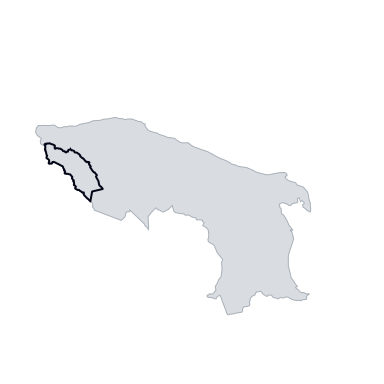 where Puno sits in Peru, rotated 134°
{"feature_id": "PER-573", "entity_name": "Puno", "entity_type": "Department", "adm_level": 1, "iso_a3": "PER", "parent_name": "Peru", "parent_adm1": "", "projection": "equal_earth", "projection_center": [-69.98, -15.156], "detail": "fine", "context": "in_parent", "style": "outline", "palette": "ink", "viewbox_px": 384, "rotation_deg": 134, "n_neighbors": 0, "source": "natural_earth", "source_scale": "10m", "svg_char_len": 8008}
<svg xmlns="http://www.w3.org/2000/svg" viewBox="0 0 384 384"><g transform="rotate(134 192 192)"><path d="M256.7,107.7L256.6,108.8L255.6,109.4L254.6,108.6L253.2,108.8L251.1,106.2L246.0,106.6L243.8,109.7L240.4,110.3L236.8,111.8L232.6,112.3L226.1,117.2L224.6,119.2L221.7,122.1L219.3,123.0L218.1,131.8L215.8,137.0L214.9,139.8L216.2,144.1L216.1,146.2L214.8,147.9L213.7,148.0L211.5,149.8L208.2,153.7L207.6,156.7L208.7,160.7L208.3,161.1L205.6,161.9L205.7,164.1L205.1,164.9L207.4,168.1L208.7,168.8L208.8,169.6L208.6,170.4L208.1,170.8L208.0,171.5L209.7,173.8L211.0,178.5L213.4,180.8L213.4,182.3L214.1,183.8L215.4,184.9L218.3,189.6L218.4,191.8L215.4,196.8L220.4,196.8L225.9,198.5L226.7,199.3L227.4,201.6L227.5,203.0L228.6,204.2L228.5,207.0L235.8,207.0L240.5,206.3L248.1,198.0L249.4,197.3L248.7,199.1L248.6,200.4L249.0,201.8L248.1,203.9L248.1,224.2L249.5,223.1L251.3,225.0L252.6,225.1L256.8,222.8L261.6,223.2L272.9,249.7L271.9,251.5L272.0,252.9L270.6,254.0L269.2,256.1L269.1,266.6L268.0,269.8L268.6,271.5L269.2,274.8L270.3,276.8L270.5,278.1L270.4,278.6L268.8,279.7L268.7,281.6L265.9,285.4L265.4,287.9L264.3,288.7L264.1,291.6L266.7,296.2L265.1,299.0L263.6,303.1L266.1,311.7L267.2,312.9L268.3,312.8L269.9,313.6L270.8,314.9L268.8,316.5L268.4,317.2L268.6,320.0L266.3,322.2L263.3,327.6L262.5,327.8L261.0,329.4L260.7,330.3L261.0,331.0L262.3,332.6L262.4,334.6L260.2,337.0L258.7,337.3L258.1,337.9L258.7,341.2L258.7,342.8L258.3,344.5L257.2,346.4L254.0,348.4L251.0,348.7L246.0,343.8L244.5,341.8L239.5,337.6L238.7,333.2L237.0,331.0L234.0,329.4L231.6,327.1L229.7,326.1L225.2,321.1L221.1,319.6L213.5,314.3L209.4,312.6L204.0,307.7L201.2,306.3L198.9,304.1L191.9,299.2L190.8,297.6L189.7,295.2L188.2,293.8L186.4,290.5L183.8,288.6L181.3,286.0L178.2,279.1L176.8,277.5L176.6,274.3L175.6,272.9L177.1,271.9L178.0,267.0L177.5,264.5L173.9,257.9L173.2,255.2L170.6,250.1L169.6,247.1L167.5,244.9L166.6,243.0L165.5,242.2L165.4,239.8L164.6,235.4L163.4,233.1L159.3,229.0L158.8,224.4L157.9,221.2L152.0,208.4L148.6,196.1L145.8,189.2L144.6,185.3L144.5,183.2L142.4,179.5L141.2,176.2L136.5,169.7L133.8,162.6L133.4,160.4L131.5,156.5L128.5,151.4L127.0,149.3L118.0,143.0L113.7,139.1L113.2,137.1L113.4,136.0L114.3,134.9L115.6,135.7L116.4,135.4L117.0,134.0L117.0,131.8L116.2,129.1L113.3,123.8L114.0,121.4L111.1,115.2L111.7,109.2L112.4,107.7L116.7,101.6L117.9,99.0L119.7,97.4L121.6,94.9L123.9,93.1L124.6,93.7L125.3,97.0L125.2,99.1L125.8,101.5L124.2,103.7L122.5,103.3L121.9,103.8L121.6,104.8L121.9,106.5L122.3,107.2L123.6,107.2L121.9,110.4L122.0,111.1L123.3,111.6L124.4,110.8L125.6,109.0L126.4,108.8L130.8,111.9L132.8,111.5L134.4,112.9L134.6,115.2L136.8,119.7L140.0,120.7L140.6,120.4L141.3,118.7L142.0,118.5L142.2,116.0L145.0,113.3L145.4,111.6L145.0,110.3L145.1,109.3L146.7,103.4L147.2,102.8L147.7,100.9L148.4,99.8L149.3,93.2L150.1,93.3L150.8,94.8L151.7,94.4L151.2,92.9L151.4,92.4L154.5,87.2L155.5,86.1L170.6,78.8L178.2,71.4L184.8,61.0L186.9,50.5L187.7,51.3L188.9,51.0L188.5,46.8L188.8,44.7L188.7,44.1L186.7,41.6L185.8,38.8L184.0,37.3L184.1,36.7L186.0,37.3L187.8,37.0L189.2,35.3L190.3,35.4L192.8,37.8L194.7,38.0L195.3,39.7L197.0,40.9L199.6,44.6L200.7,48.5L200.7,49.3L201.8,51.3L204.3,52.3L206.7,55.2L209.3,56.1L210.4,58.8L211.1,59.6L211.4,61.1L211.0,62.9L211.4,63.8L213.3,65.4L214.9,65.4L215.3,66.2L216.2,70.5L215.6,72.7L215.8,73.9L217.9,75.0L218.5,75.9L220.2,76.1L222.6,75.2L225.5,76.5L227.8,76.0L228.9,75.7L229.9,74.7L230.8,74.7L233.1,72.0L233.8,71.7L236.3,73.0L238.3,74.9L240.9,74.5L242.0,73.3L243.8,72.7L247.2,75.0L247.9,76.1L248.9,76.3L252.5,78.7L253.1,79.6L255.0,80.5L255.4,81.2L255.3,82.1L246.8,99.9L249.5,101.3L251.9,100.4L253.2,101.6L254.1,104.5L256.0,106.4L256.7,107.7Z" fill="#d9dde1" stroke="#a8b0b8" stroke-width="1"/><path d="M269.3,258.7L269.3,259.0L269.2,261.0L269.2,261.7L269.4,263.0L269.2,266.4L269.3,266.7L269.2,267.2L269.1,267.6L269.0,267.8L268.7,268.2L268.6,268.4L268.6,268.6L268.6,268.8L268.6,269.0L268.4,269.2L268.0,269.1L267.8,269.2L267.6,269.5L267.9,270.0L268.6,270.8L268.7,271.0L268.6,271.4L268.6,271.7L268.6,271.9L268.8,272.6L269.0,273.0L269.0,273.6L269.0,274.2L269.1,274.7L269.3,275.1L270.0,275.6L270.1,275.9L270.2,276.2L270.2,276.7L270.6,277.9L270.6,278.5L270.4,278.8L269.5,279.0L269.1,279.1L268.8,279.4L268.7,279.7L268.7,280.0L268.7,280.7L268.8,281.0L269.0,281.3L269.0,281.7L268.8,282.0L267.9,282.6L267.7,282.8L267.2,283.6L266.9,283.7L266.8,283.8L266.8,284.1L266.8,284.8L266.7,285.0L266.2,284.9L265.9,285.0L265.8,285.3L265.7,287.5L265.5,288.0L265.3,288.1L264.6,288.4L264.3,288.6L264.2,288.8L264.2,289.1L264.2,290.5L264.0,291.3L263.9,291.6L264.0,291.9L264.3,292.2L264.5,292.5L265.2,293.9L265.4,294.2L266.2,294.9L266.4,295.2L266.7,295.8L267.0,296.2L267.0,296.5L266.8,296.7L266.5,296.7L266.2,296.7L266.1,297.3L265.6,297.5L265.4,297.8L265.2,298.2L265.1,298.4L265.3,298.9L265.3,299.1L265.2,299.2L264.8,299.3L264.7,299.4L264.5,299.7L264.5,300.0L264.4,300.4L264.4,300.7L263.6,302.3L263.4,302.8L263.5,303.3L263.7,303.8L264.2,305.6L264.7,307.3L265.3,309.1L265.8,310.8L266.1,311.7L266.5,312.5L267.0,312.9L267.3,313.1L267.6,313.1L267.8,313.0L268.0,312.7L268.3,312.7L268.7,312.9L269.1,312.7L269.4,312.9L269.9,313.7L270.5,314.0L270.8,314.3L270.9,314.7L270.7,315.3L269.2,316.0L268.8,316.3L268.5,316.8L268.4,317.1L268.3,317.5L268.4,318.5L268.3,319.0L268.4,319.3L268.7,319.9L268.6,320.1L268.4,320.5L268.2,320.7L267.4,321.2L267.2,321.3L266.7,321.3L266.5,321.5L266.4,321.7L266.2,322.6L266.0,323.0L264.7,324.7L264.4,325.7L264.2,325.9L263.7,326.3L263.6,326.6L263.7,326.8L263.8,326.9L263.7,327.1L263.4,327.5L263.1,327.7L262.8,327.8L262.4,328.0L262.0,328.3L261.3,329.1L261.1,329.2L260.9,329.6L260.7,330.5L260.4,330.9L260.5,330.9L260.4,330.9L260.3,331.0L259.9,331.1L259.7,331.1L259.3,330.6L259.1,330.2L258.9,330.1L258.7,330.1L258.4,330.3L258.3,330.2L258.2,330.2L257.8,329.8L257.7,329.7L257.4,329.6L257.1,329.3L256.7,328.8L256.4,328.6L256.1,328.5L256.1,328.4L255.8,327.9L255.1,326.2L254.3,324.6L254.0,323.9L254.0,323.6L254.0,323.4L254.0,322.8L254.0,322.7L254.3,322.4L254.8,322.2L255.0,322.2L255.4,321.6L255.9,321.1L256.0,320.8L255.7,320.3L254.9,320.1L254.6,319.9L254.4,319.7L253.7,318.8L253.5,318.4L253.4,318.0L253.3,317.8L253.1,317.7L252.6,317.3L252.4,317.0L252.3,316.5L252.0,315.4L251.8,314.8L251.8,314.7L251.9,314.4L251.9,314.0L252.1,313.4L252.1,313.2L251.9,312.8L251.5,312.4L251.3,312.2L251.2,311.8L251.3,311.3L251.3,310.8L251.2,310.5L251.2,310.3L251.0,310.1L250.8,310.0L250.6,310.0L250.4,310.1L249.9,310.0L249.1,309.3L248.7,309.5L248.4,309.8L248.2,309.9L247.8,310.1L247.6,310.1L247.3,310.0L247.0,309.8L246.2,309.2L245.8,308.9L245.6,309.0L245.7,308.4L245.7,308.0L245.7,307.6L245.1,307.1L245.0,306.8L244.8,306.2L244.7,306.0L244.6,305.8L244.5,305.7L244.5,305.3L244.5,305.2L244.8,304.3L244.9,304.2L244.9,303.7L244.7,303.4L244.1,302.7L243.9,302.5L243.5,301.8L243.5,301.7L243.5,301.4L243.5,300.9L243.5,300.7L243.5,300.4L243.4,300.2L243.3,299.8L243.2,299.5L243.3,298.4L243.3,297.9L243.4,297.7L243.5,297.7L243.8,297.5L243.9,297.4L243.9,297.1L243.9,295.8L243.9,295.2L243.8,294.8L243.6,294.5L243.6,294.3L243.5,294.1L243.5,293.9L243.5,293.5L243.6,293.3L243.6,293.0L243.6,292.9L243.4,292.5L243.4,292.0L243.6,291.7L243.8,291.1L243.9,290.9L243.8,290.6L243.7,290.0L243.6,289.7L243.8,288.7L243.7,288.5L243.6,288.3L243.4,288.1L243.2,288.1L242.9,288.1L242.7,287.9L242.4,287.5L242.1,287.0L242.1,286.8L242.0,286.6L242.1,286.3L242.4,286.2L242.7,286.1L242.8,286.1L243.0,286.0L243.1,285.9L243.2,285.6L243.5,285.3L243.6,285.2L243.8,285.0L243.8,284.8L243.8,284.6L243.6,284.3L243.6,284.0L243.7,283.5L243.9,282.8L244.0,282.6L244.8,282.6L244.9,282.4L245.0,282.3L245.0,282.2L245.4,280.1L245.6,279.5L245.7,279.1L246.0,276.8L246.0,276.5L245.9,276.1L245.7,275.9L245.6,275.7L245.5,275.4L245.8,274.0L245.8,273.1L245.9,272.3L246.1,272.1L247.1,271.9L247.5,271.8L247.6,271.6L247.9,271.1L249.0,267.4L249.4,266.5L249.6,266.2L249.9,265.8L250.2,265.4L251.0,264.3L251.2,264.0L251.5,263.0L251.6,262.5L251.6,262.3L251.6,262.1L251.4,261.1L251.4,260.5L251.7,258.6L252.0,258.4L260.7,264.0L261.1,264.1L261.3,264.0L269.2,258.7L269.3,258.7Z" fill="none" stroke="#020617" stroke-width="2"/></g></svg>